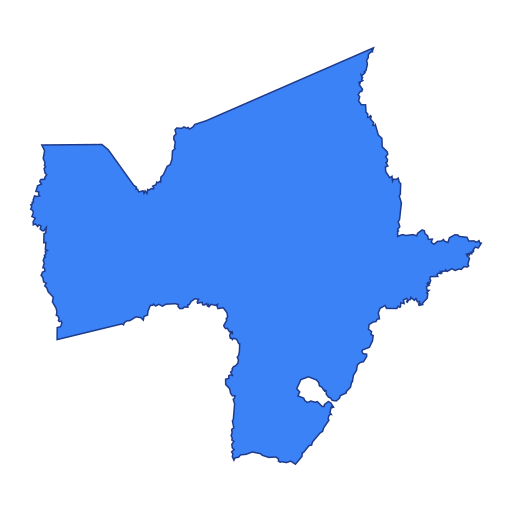 outline of Remedios, Antioquia, Colombia
{"feature_id": "7082276B29490927626625", "entity_name": "Remedios", "entity_type": "district", "adm_level": 2, "iso_a3": "COL", "parent_name": "Colombia", "parent_adm1": "Antioquia", "projection": "mercator", "projection_center": [-74.552, 6.983], "detail": "fine", "context": "isolated", "style": "filled", "palette": "blue", "viewbox_px": 512, "rotation_deg": 0, "n_neighbors": 0, "source": "geoboundaries", "source_scale": "gbopen_adm2", "svg_char_len": 6023}
<svg xmlns="http://www.w3.org/2000/svg" viewBox="0 0 512 512"><path d="M41.8,145.0L44.6,150.8L43.2,158.4L45.1,162.9L44.4,165.5L45.7,166.9L44.1,168.4L45.0,172.9L46.7,174.8L44.8,177.4L44.7,179.3L41.1,179.4L40.0,180.7L39.9,181.9L41.6,184.0L37.6,185.8L35.9,191.4L38.8,191.9L38.6,194.2L39.7,195.9L36.5,196.5L34.6,195.8L33.1,200.1L33.6,202.0L32.2,202.3L32.2,204.2L30.8,204.8L31.8,206.7L30.7,209.2L32.7,210.5L33.4,212.7L31.9,216.5L35.2,218.1L33.1,221.8L33.3,224.9L35.4,223.9L37.7,226.5L38.6,225.0L41.0,225.9L40.2,229.0L42.4,230.8L43.9,230.8L46.3,227.5L45.7,232.9L44.0,233.8L43.8,242.8L45.9,242.5L45.3,249.2L47.4,250.5L45.3,251.2L45.8,254.2L44.4,255.4L45.2,257.1L44.5,257.0L43.2,260.6L44.3,262.9L42.9,267.7L44.7,268.3L44.8,271.2L42.5,272.1L41.1,275.4L42.8,277.4L43.6,281.8L46.3,283.3L44.7,285.9L46.7,287.7L48.2,291.8L53.3,297.3L52.4,301.8L56.1,308.3L56.9,311.9L56.3,315.3L58.0,316.0L59.1,318.6L58.4,320.6L59.4,321.6L61.1,321.2L61.9,322.7L60.7,326.6L57.2,327.6L57.1,339.6L121.8,323.9L123.6,324.8L124.3,322.7L126.7,320.9L129.9,320.6L135.9,316.9L140.8,317.6L143.3,320.1L144.0,316.4L147.5,315.1L148.0,311.1L150.3,305.4L152.9,305.2L153.5,304.1L155.6,306.0L158.9,304.3L162.4,306.2L165.9,304.2L175.3,303.7L178.4,304.5L178.0,306.5L179.8,308.6L182.7,308.5L184.3,307.0L187.9,307.2L187.9,304.8L189.3,304.5L191.0,301.6L194.8,298.8L198.6,299.3L197.2,302.0L197.6,303.2L202.1,302.3L202.7,304.8L204.3,305.0L206.7,303.6L207.3,305.8L207.9,306.2L208.5,304.9L209.1,306.6L211.1,304.3L215.4,305.4L217.5,304.3L217.0,306.2L217.9,308.6L223.3,307.8L226.9,312.6L227.4,315.0L227.5,317.5L226.2,318.6L226.7,320.4L223.7,325.5L224.4,327.1L225.6,328.6L227.3,328.3L229.5,331.8L232.2,331.6L232.4,333.7L230.6,332.9L229.7,335.6L230.4,338.3L231.5,338.2L232.4,339.6L233.5,338.3L236.6,339.2L238.7,343.6L239.7,343.8L239.4,351.5L238.6,355.5L237.2,357.2L238.4,359.9L237.9,363.1L235.8,365.7L233.5,366.6L232.1,368.9L232.4,370.4L230.6,372.1L232.9,376.1L232.0,375.0L229.6,375.1L228.7,375.8L228.9,378.3L225.6,379.2L225.7,384.5L229.6,388.7L230.6,393.2L232.3,395.8L235.0,395.8L234.7,397.8L233.2,399.3L234.6,403.8L233.3,419.6L232.4,420.9L233.8,427.9L231.7,429.4L232.1,433.1L231.1,435.4L232.3,438.5L231.8,440.0L233.9,441.4L231.8,444.4L232.3,447.8L234.1,449.5L231.6,451.9L232.9,454.0L232.3,456.6L233.9,460.2L235.0,457.9L238.6,457.2L240.5,454.9L246.1,454.3L252.3,452.0L260.6,453.7L262.3,455.3L268.8,457.4L275.7,457.0L278.4,458.7L278.5,461.2L280.2,462.2L281.9,461.7L286.4,462.6L290.7,461.1L295.4,464.2L301.9,456.5L302.3,452.9L303.6,452.4L309.0,445.6L311.6,445.1L312.5,441.9L320.1,432.9L322.6,431.4L323.7,427.8L328.9,420.2L328.2,419.1L328.7,415.9L330.3,414.2L331.2,414.4L330.0,412.5L331.0,407.6L331.7,406.7L332.0,407.7L333.6,407.2L330.7,402.9L328.3,401.5L324.4,404.6L324.2,406.4L322.2,406.5L317.3,401.6L315.3,402.3L310.9,401.0L307.4,402.5L304.8,400.6L303.7,398.1L297.9,395.9L299.7,391.9L296.7,388.7L300.9,379.6L308.4,376.8L316.4,379.9L318.7,382.5L319.4,385.9L321.7,387.0L323.9,390.3L324.8,390.1L324.8,391.2L326.1,391.0L326.2,394.1L328.6,397.2L330.6,398.0L332.2,400.4L336.3,400.9L339.6,398.1L340.3,395.6L346.2,393.0L346.2,391.7L350.5,387.2L351.6,382.1L352.4,381.8L353.3,375.6L356.5,370.3L357.3,364.9L360.2,362.5L363.5,361.7L366.7,356.4L366.6,354.1L363.1,353.8L361.8,351.1L362.6,349.9L369.4,347.3L372.5,340.8L373.2,335.5L371.0,334.5L371.5,331.6L368.5,329.2L369.1,324.5L373.0,322.1L376.0,321.5L377.2,319.2L379.5,318.8L378.3,312.9L380.1,308.3L385.1,305.5L386.5,308.4L396.8,308.5L398.1,306.2L399.8,307.3L400.5,306.8L400.7,302.8L404.2,303.6L403.4,299.9L406.7,298.4L407.6,299.8L406.6,301.7L407.3,302.2L408.5,300.0L410.5,299.5L410.8,297.4L414.4,300.4L415.9,298.6L417.5,301.9L419.5,301.6L419.3,302.9L420.9,304.4L418.7,304.1L419.1,305.4L422.8,304.5L422.6,303.1L427.2,298.2L427.8,293.6L426.6,292.9L429.0,290.4L427.0,290.3L426.5,286.6L429.2,285.2L427.2,283.9L428.3,282.3L429.3,283.6L429.8,283.1L430.7,280.2L429.7,279.2L430.4,276.7L437.8,276.4L437.0,274.4L438.7,273.1L440.6,273.6L440.4,271.7L441.8,272.8L442.1,271.2L445.7,271.1L445.7,270.0L447.2,271.4L451.9,268.7L455.2,270.5L458.7,269.0L461.3,269.4L463.9,266.7L467.4,267.0L468.7,265.8L467.8,264.1L469.5,258.4L467.6,255.9L466.4,256.0L468.3,254.9L466.7,254.1L468.9,253.5L469.5,254.7L469.9,253.3L471.5,253.8L471.3,252.1L472.5,252.6L473.7,251.0L472.9,250.3L475.2,247.1L478.2,248.0L481.3,243.2L479.7,242.7L479.0,240.7L476.4,242.3L474.0,240.9L468.7,241.0L467.0,237.3L459.1,236.4L457.8,234.9L454.9,234.8L449.5,237.7L447.9,242.5L444.5,241.2L443.5,239.5L441.3,241.1L437.4,241.4L434.0,244.3L431.2,242.2L432.4,239.1L428.3,239.4L427.7,235.9L425.0,233.6L424.3,230.7L422.1,229.9L417.6,233.3L416.7,235.8L412.9,234.6L406.1,235.5L402.4,234.6L397.6,236.4L397.7,231.6L398.5,231.0L397.5,229.5L399.8,226.7L398.2,221.5L399.5,219.8L401.4,203.0L399.2,195.9L400.3,194.4L400.7,183.7L399.2,182.1L398.2,178.1L396.3,179.4L393.5,179.2L392.5,181.2L392.0,176.3L389.7,177.7L385.7,171.6L385.4,167.0L387.9,166.0L385.9,162.6L387.2,161.8L387.5,159.5L385.6,156.9L387.8,154.1L387.1,151.6L382.2,146.8L381.9,138.4L378.3,135.0L375.3,124.6L374.6,125.6L372.9,125.4L373.7,122.7L370.5,119.1L371.2,116.6L370.5,115.7L369.0,117.4L367.7,117.4L367.8,114.0L366.0,112.2L365.6,104.8L361.4,104.8L358.6,100.9L359.7,96.7L358.1,94.7L360.4,91.3L361.7,91.5L362.5,89.3L359.4,84.9L360.2,82.6L359.2,82.8L358.9,82.5L362.8,80.6L361.7,79.5L362.6,77.4L361.7,76.9L361.2,75.0L361.9,75.7L365.0,72.7L364.3,71.8L366.0,70.6L367.4,64.1L366.6,60.2L368.2,57.8L368.4,54.3L371.0,51.9L372.5,51.8L371.7,49.5L372.8,49.9L373.5,47.8L206.0,120.8L194.9,124.4L192.7,127.2L189.7,129.0L188.0,127.4L187.0,128.3L183.9,126.9L181.8,128.4L176.7,128.0L175.0,129.9L176.1,134.0L174.0,136.1L173.7,139.1L175.3,142.3L174.4,147.3L175.2,148.5L172.5,150.9L172.0,159.1L170.2,164.6L167.2,166.3L163.4,174.7L160.9,177.1L160.6,182.1L159.4,181.5L158.3,182.7L156.7,182.1L156.0,184.8L152.7,186.1L153.8,188.2L153.2,189.0L151.4,188.5L149.2,190.0L147.7,189.5L147.0,193.5L145.1,190.8L144.0,193.3L143.1,190.8L138.6,191.9L137.7,189.2L136.0,189.2L136.4,187.1L133.7,185.3L108.2,149.7L101.9,144.5L41.8,145.0Z" fill="#3b82f6" stroke="#1e3a8a" stroke-width="1.5"/></svg>